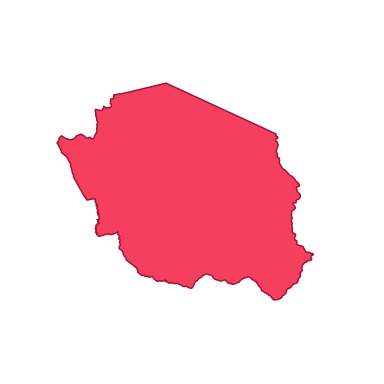 outline of Kompiam District, Enga, Papua New Guinea, rotated 37°
{"feature_id": "67681753B5987121192502", "entity_name": "Kompiam District", "entity_type": "district", "adm_level": 2, "iso_a3": "PNG", "parent_name": "Papua New Guinea", "parent_adm1": "Enga", "projection": "mercator", "projection_center": [143.976, -5.26], "detail": "fine", "context": "isolated", "style": "filled", "palette": "rose", "viewbox_px": 384, "rotation_deg": 37, "n_neighbors": 0, "source": "geoboundaries", "source_scale": "gbopen_adm2", "svg_char_len": 6076}
<svg xmlns="http://www.w3.org/2000/svg" viewBox="0 0 384 384"><g transform="rotate(37 192 192)"><path d="M105.8,120.7L76.0,156.7L75.0,157.2L73.5,159.0L72.9,160.0L71.8,160.7L71.2,161.5L71.8,162.9L72.9,163.5L72.7,164.7L72.0,165.8L71.3,166.3L71.5,167.5L72.5,168.7L73.4,170.4L75.1,170.7L75.9,172.0L76.2,173.3L73.9,175.3L73.1,176.7L71.2,176.4L70.1,176.8L70.4,178.0L71.0,178.9L71.0,180.8L70.1,181.7L68.9,182.5L68.0,182.9L66.4,183.3L65.4,184.1L65.8,185.5L67.1,186.3L69.0,188.7L69.9,189.4L71.3,190.2L73.2,192.3L74.5,192.6L75.1,193.7L75.3,195.6L76.6,196.2L77.7,198.7L78.9,199.8L79.7,201.1L80.1,202.8L80.2,205.3L80.7,206.1L81.2,208.3L80.4,209.8L78.8,209.6L77.2,209.8L76.3,211.9L74.9,212.4L71.6,212.2L70.0,212.3L68.5,212.7L66.1,216.3L65.9,217.6L65.9,219.3L65.7,220.3L64.8,222.1L63.7,223.3L60.7,224.7L59.0,225.2L54.0,225.7L53.6,227.1L53.5,228.6L53.9,230.0L54.7,230.5L55.1,231.2L54.5,232.6L54.8,234.1L55.9,234.3L61.7,237.3L63.1,237.8L64.1,239.0L65.6,239.1L67.7,239.1L69.2,239.3L70.6,239.2L73.5,240.6L74.7,241.3L76.0,241.8L77.3,242.0L80.1,244.8L83.4,247.3L84.7,248.5L87.1,249.8L88.3,251.3L108.4,260.2L113.0,261.6L118.2,255.9L118.4,256.5L119.9,256.7L120.2,257.6L121.0,258.0L121.7,258.8L122.5,258.7L123.2,259.2L124.1,259.2L124.2,259.3L123.6,259.6L123.6,260.1L124.2,260.2L123.9,260.6L124.9,260.8L125.8,261.4L125.7,262.2L127.5,263.1L128.3,263.1L128.8,264.1L128.3,264.4L129.0,264.8L128.9,265.5L129.5,265.5L129.8,266.0L130.2,265.2L130.6,265.9L130.6,266.5L131.5,267.2L132.9,267.4L133.2,268.5L134.0,269.1L133.8,269.8L134.2,270.3L133.1,271.1L133.9,271.3L134.5,272.2L135.8,272.2L136.3,273.0L135.8,272.9L135.9,273.4L135.4,274.0L135.9,275.1L135.4,276.3L136.2,276.8L135.9,277.6L136.7,278.2L136.8,279.2L137.5,278.8L137.6,279.8L138.1,280.0L138.8,280.9L139.0,282.0L140.0,281.8L140.2,282.3L141.0,282.2L140.7,282.7L141.7,283.3L144.0,283.6L145.2,282.4L148.5,277.9L150.7,275.5L151.9,275.4L153.0,274.6L154.4,273.1L154.7,272.2L156.3,269.9L156.8,268.6L158.2,270.3L161.3,271.3L161.2,272.9L161.6,273.5L163.2,273.3L164.0,274.5L163.8,275.2L166.9,277.7L166.6,279.3L167.8,280.5L168.2,281.2L171.0,280.8L173.4,281.8L174.7,283.0L176.2,283.9L177.9,284.2L179.5,284.7L180.3,285.8L193.8,286.0L195.0,287.0L196.4,287.7L197.1,288.8L202.1,288.9L203.4,287.7L205.0,287.6L207.4,286.1L209.3,285.7L210.3,284.4L211.3,283.4L214.4,284.3L216.1,284.4L218.3,284.1L218.9,283.2L219.8,282.3L220.9,281.9L223.0,279.9L223.4,278.6L224.8,278.5L224.4,279.2L225.0,279.2L225.9,278.8L227.3,278.8L228.5,278.6L229.2,277.5L230.8,277.0L231.3,276.2L233.3,275.7L234.1,274.9L234.2,274.6L235.3,273.5L237.1,273.6L238.1,273.3L239.0,272.7L241.2,272.9L242.4,272.3L244.1,270.7L245.3,270.7L246.8,270.0L247.9,270.1L248.8,269.7L249.4,269.1L249.9,268.3L249.6,266.9L249.4,264.9L249.2,264.0L248.7,263.1L248.6,261.8L249.0,260.6L249.6,259.2L249.5,258.3L249.6,257.0L249.8,256.4L250.5,254.9L251.0,252.6L251.2,252.3L251.5,250.9L252.2,249.5L252.8,248.8L253.6,248.3L255.1,248.0L255.8,247.8L257.5,246.7L258.0,246.6L258.9,246.8L261.0,247.9L262.4,247.9L264.4,247.5L265.4,246.8L267.1,246.5L268.3,246.0L269.6,244.7L270.5,243.2L270.9,242.8L271.5,242.4L275.3,242.9L276.3,242.8L277.1,242.6L278.3,241.6L279.8,241.4L281.0,240.3L283.1,236.7L283.6,236.1L283.9,235.3L283.8,234.1L284.0,232.9L284.4,231.5L284.7,231.0L284.8,230.1L287.2,227.3L287.6,226.2L288.4,225.6L289.2,225.3L291.0,225.4L292.1,225.7L293.0,225.7L294.3,225.2L296.1,225.4L296.6,225.3L297.0,224.9L297.4,224.9L298.0,225.2L299.1,225.9L300.0,226.0L300.7,226.2L301.2,226.7L301.9,226.9L303.9,227.0L304.4,227.1L306.3,228.2L306.8,228.7L307.3,228.9L308.2,228.8L309.7,228.4L309.8,228.5L312.0,228.3L312.8,228.4L313.9,227.9L314.3,227.9L315.3,228.3L315.8,228.3L316.3,227.8L317.0,227.8L318.7,228.0L320.3,228.9L322.3,228.9L324.0,227.5L325.0,226.4L326.6,224.0L327.1,222.5L326.8,220.0L327.6,218.6L327.8,217.2L327.8,216.3L327.6,215.4L326.9,214.5L326.7,213.5L326.7,211.9L327.1,210.9L328.0,209.7L328.3,208.3L328.3,206.0L328.7,204.3L329.2,203.4L330.0,202.5L330.5,201.2L330.5,200.8L330.1,199.8L330.1,199.1L329.9,198.4L329.2,197.2L329.2,196.3L329.5,195.3L329.5,194.4L329.3,194.0L328.5,193.2L328.2,192.4L327.4,191.8L326.9,191.3L327.0,190.5L327.5,189.8L327.5,189.0L327.3,188.4L327.1,188.0L325.5,186.6L324.2,184.1L324.2,183.1L324.6,182.0L324.6,180.7L325.0,179.8L325.7,178.9L325.8,177.6L326.2,176.7L326.8,176.1L327.4,175.8L327.9,175.1L328.2,173.9L327.7,173.3L326.4,172.7L325.6,171.7L325.5,170.9L326.4,170.0L326.3,168.8L325.9,168.5L325.4,168.4L324.5,169.3L324.2,169.5L323.3,169.5L322.8,169.3L322.1,169.5L321.1,170.4L320.5,170.6L319.4,171.2L318.2,171.1L315.8,169.8L314.1,169.0L312.7,169.0L311.9,169.2L310.5,169.8L310.0,169.9L308.8,170.6L307.8,170.8L307.1,170.7L306.7,170.3L306.3,169.2L305.0,168.0L302.6,168.1L302.1,167.8L301.7,167.4L301.1,165.8L301.0,164.4L300.3,163.6L299.3,163.4L297.3,164.0L296.5,163.7L295.8,163.3L294.1,160.7L291.9,158.9L291.3,157.4L291.1,156.9L290.5,156.3L289.2,155.6L288.7,155.1L288.4,154.5L288.1,153.2L287.7,152.6L287.2,152.1L285.9,151.4L283.6,147.8L283.3,146.9L283.3,146.2L284.1,144.8L284.3,143.8L284.2,142.7L283.5,142.0L282.9,141.6L280.1,140.9L279.6,140.5L279.3,140.1L279.3,139.6L279.9,139.0L280.5,139.0L281.1,138.6L281.5,138.0L281.5,137.6L280.3,136.4L280.3,135.5L280.7,134.7L281.3,133.9L281.7,133.0L281.7,132.3L281.3,131.1L281.3,130.6L280.7,129.7L279.8,128.9L279.0,128.6L277.3,128.6L276.6,128.3L273.6,126.6L273.0,126.1L272.8,125.4L272.8,124.7L273.3,124.0L273.9,123.5L274.1,123.1L274.1,122.6L273.4,121.6L272.4,121.2L271.7,121.1L271.5,120.9L270.6,121.0L270.2,120.8L268.4,120.7L266.5,119.9L264.9,119.9L262.8,119.3L261.9,119.3L260.6,119.7L259.1,119.7L258.2,119.3L257.1,119.3L255.6,118.8L254.7,118.9L253.4,118.6L251.1,118.7L248.7,118.3L246.5,117.1L245.9,117.0L244.3,116.1L243.7,115.4L243.3,114.6L241.3,112.5L240.6,112.5L239.6,112.7L238.7,112.2L237.8,111.5L237.1,110.2L236.7,109.8L235.5,109.4L234.8,108.8L234.3,107.9L234.3,107.5L233.9,106.4L233.6,106.1L233.2,105.1L233.2,104.5L233.0,103.4L232.6,102.8L232.0,102.2L230.9,101.6L230.4,101.1L229.6,100.7L227.9,100.8L227.5,100.4L227.2,100.0L227.1,99.2L228.0,97.5L228.0,97.2L227.2,96.4L225.4,96.6L224.3,95.7L224.1,95.1L105.8,120.7Z" fill="#f43f5e" stroke="#9f1239" stroke-width="1.5"/></g></svg>